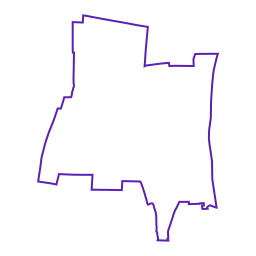 the district of Vanatori, Galati, Romania
{"feature_id": "2599482B17748522296456", "entity_name": "Vanatori", "entity_type": "district", "adm_level": 2, "iso_a3": "ROU", "parent_name": "Romania", "parent_adm1": "Galati", "projection": "equal_earth", "projection_center": [28.001, 45.514], "detail": "fine", "context": "isolated", "style": "outline", "palette": "violet", "viewbox_px": 256, "rotation_deg": 0, "n_neighbors": 0, "source": "geoboundaries", "source_scale": "gbopen_adm2", "svg_char_len": 2858}
<svg xmlns="http://www.w3.org/2000/svg" viewBox="0 0 256 256"><path d="M217.8,53.8L211.7,53.8L201.1,53.9L195.2,54.0L193.5,58.9L193.5,59.4L193.5,60.4L193.7,66.0L174.5,65.8L169.4,66.1L168.9,62.8L168.0,62.9L161.6,63.5L156.7,64.1L153.9,64.5L146.3,65.5L144.6,66.2L145.1,60.3L145.4,54.6L146.0,47.0L146.4,42.8L147.1,35.0L147.5,30.7L147.7,28.3L147.8,26.9L147.0,26.8L146.5,26.7L145.2,26.5L139.0,25.5L135.4,24.9L135.2,24.8L133.5,24.5L129.5,23.7L117.8,21.6L110.3,20.3L91.2,16.8L86.8,15.9L83.2,15.4L82.8,22.5L72.7,22.1L72.7,26.0L72.7,32.9L72.7,50.3L72.9,52.6L74.0,52.6L73.5,80.4L73.6,82.6L73.9,84.9L73.9,85.7L73.9,86.6L73.3,88.0L73.0,89.5L72.6,90.8L72.1,92.3L72.0,93.8L71.5,96.1L71.1,97.2L64.2,97.3L63.3,100.8L62.0,105.1L60.8,108.6L57.7,108.5L54.9,116.9L53.3,121.3L52.4,123.5L50.8,127.6L49.5,130.7L48.4,133.6L47.8,135.5L47.3,136.9L46.3,139.8L45.3,143.1L45.2,143.3L43.6,149.6L42.6,153.4L41.7,156.9L41.5,157.9L41.3,159.2L41.3,159.9L40.1,168.8L38.7,177.8L38.2,181.5L41.4,182.0L44.2,182.4L44.4,182.4L45.0,182.5L45.8,182.6L46.0,182.7L46.3,182.7L48.2,183.0L49.7,183.2L51.6,183.5L52.8,183.7L53.5,183.9L54.1,184.0L56.4,184.5L56.8,182.8L59.0,174.1L72.8,174.7L84.2,174.8L88.4,174.8L92.5,174.8L92.2,180.7L91.8,187.3L91.6,189.7L101.2,189.8L105.3,189.9L108.6,189.9L121.8,190.1L122.3,181.1L128.5,181.2L135.1,181.4L139.5,181.5L140.2,181.5L141.2,183.3L142.9,188.0L143.6,190.3L143.8,191.0L144.3,192.3L146.1,198.7L146.5,199.6L146.7,200.9L147.1,202.5L147.3,203.4L147.5,204.0L147.8,204.4L147.9,204.6L148.0,204.7L148.8,204.3L149.6,203.9L150.3,203.6L150.8,203.4L151.6,203.4L151.9,203.4L152.0,203.4L152.3,203.4L152.5,203.5L152.9,203.9L153.2,204.2L153.5,205.0L153.6,205.3L153.7,206.0L155.1,210.6L155.7,212.4L155.8,213.2L156.1,214.8L156.2,215.7L156.2,216.2L156.2,216.6L156.3,217.3L156.3,218.3L156.3,219.4L156.3,221.0L156.4,221.8L156.3,222.8L156.4,223.7L156.3,224.6L156.4,225.0L156.5,225.6L156.6,227.2L156.6,230.0L156.6,231.0L156.3,231.4L156.5,231.7L156.8,232.1L156.9,232.4L157.1,232.8L157.2,233.3L157.3,234.4L157.6,236.1L157.6,236.8L157.9,237.3L158.0,238.0L158.0,239.1L157.6,240.3L163.7,240.5L168.2,240.6L167.7,239.7L167.5,238.8L168.3,238.7L168.0,232.7L168.2,230.6L169.9,225.6L170.9,222.5L172.7,217.3L173.3,214.9L173.9,213.5L174.2,212.7L174.3,212.3L174.5,211.7L174.7,211.1L175.4,209.6L176.4,208.1L177.1,206.6L177.7,205.3L179.4,201.8L181.8,201.9L182.8,201.9L188.8,201.8L188.8,204.1L199.6,203.8L199.6,203.4L203.7,203.1L203.9,205.5L202.1,205.6L202.3,208.8L203.6,209.0L204.7,208.9L207.5,208.7L207.1,208.1L207.0,207.9L207.1,207.5L207.5,207.0L208.0,206.5L208.9,205.8L210.0,205.3L216.4,207.7L216.6,207.7L212.9,183.3L212.3,178.9L212.0,161.2L210.1,148.0L209.8,146.5L209.5,143.8L209.1,140.6L208.9,138.6L209.1,130.2L210.4,120.9L210.8,118.0L211.1,101.3L211.6,92.5L212.0,87.7L212.1,85.1L212.8,78.2L213.2,73.6L214.1,68.4L216.2,59.6L216.8,57.4L217.8,53.8Z" fill="none" stroke="#5b21b6" stroke-width="2"/></svg>